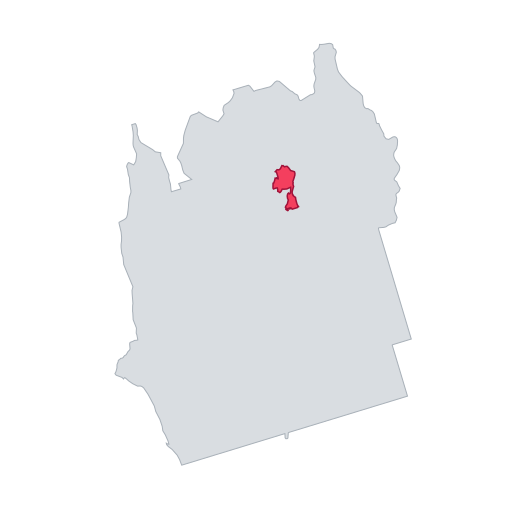 Wad Bandah, North Kordufan, Sudan (highlighted), rotated 163°
{"feature_id": "16777658B16794991274557", "entity_name": "Wad Bandah", "entity_type": "district", "adm_level": 2, "iso_a3": "SDN", "parent_name": "Sudan", "parent_adm1": "North Kordufan", "projection": "equal_earth", "projection_center": [27.688, 13.304], "detail": "fine", "context": "in_parent", "style": "filled", "palette": "rose", "viewbox_px": 512, "rotation_deg": 163, "n_neighbors": 0, "source": "geoboundaries", "source_scale": "gbopen_adm2", "svg_char_len": 6238}
<svg xmlns="http://www.w3.org/2000/svg" viewBox="0 0 512 512"><g transform="rotate(163 256 256)"><path d="M336.5,417.9L332.7,417.9L332.3,416.7L332.3,413.3L332.7,410.8L334.1,406.9L333.7,404.7L333.9,401.6L332.9,398.1L323.7,387.9L321.9,385.1L316.9,382.6L317.8,379.7L315.6,359.0L316.6,356.6L316.8,352.9L316.8,349.8L317.9,344.5L318.1,342.2L308.3,342.1L308.2,344.3L308.7,346.9L308.7,347.9L295.1,348.0L300.6,356.1L300.9,359.7L300.6,364.1L300.7,367.0L301.0,368.8L302.5,372.5L302.4,373.1L302.1,374.0L292.5,384.9L290.9,389.9L289.7,392.5L286.9,397.0L278.1,408.6L276.7,409.4L270.0,409.8L269.4,410.1L268.8,410.6L268.6,410.5L262.8,403.6L253.1,395.4L246.8,399.7L245.0,401.3L245.0,405.2L244.1,407.2L242.4,409.4L237.6,410.8L235.2,412.0L232.3,414.2L229.4,418.0L229.2,419.9L229.5,421.6L213.3,421.5L212.2,420.2L209.8,414.0L208.2,414.4L193.3,413.7L191.2,414.3L187.0,416.8L184.8,417.3L182.6,416.1L174.9,404.0L173.2,402.6L171.4,399.7L169.8,398.4L169.2,397.5L169.0,396.2L169.1,393.6L168.5,391.9L167.3,391.5L156.8,394.3L155.3,394.0L153.1,394.5L152.4,395.0L151.5,396.6L151.3,399.9L151.0,401.6L150.2,403.4L147.2,407.5L146.6,409.3L146.7,413.8L146.5,416.1L146.0,417.1L144.7,418.9L144.2,419.9L143.7,425.7L142.1,429.2L141.7,430.4L141.6,432.9L141.3,433.7L136.6,435.7L134.8,437.0L133.7,439.0L133.4,439.8L131.4,439.1L128.8,438.6L123.8,438.0L121.9,437.0L120.9,435.7L121.3,432.2L120.8,431.4L120.0,430.8L119.5,429.3L119.6,427.4L122.2,423.4L122.8,421.2L123.5,411.0L123.3,407.9L121.2,402.2L116.5,392.4L115.4,390.5L109.5,382.4L108.8,381.2L107.4,377.8L109.0,370.3L109.1,368.3L108.7,366.1L107.2,364.5L105.9,364.3L104.2,362.3L103.0,361.4L102.0,359.7L101.3,357.2L101.9,348.4L101.6,347.3L100.0,346.9L99.7,346.3L99.8,344.6L99.0,339.6L98.1,335.5L98.6,333.2L97.4,330.1L95.0,328.7L90.2,329.8L88.7,329.6L87.7,329.0L87.0,327.9L86.7,326.5L87.0,324.5L88.4,320.8L90.1,317.7L93.5,314.9L94.4,313.4L95.0,311.8L95.1,309.9L94.9,307.9L94.5,306.1L93.5,303.7L92.6,300.8L92.6,298.9L93.1,297.6L94.0,295.9L97.4,292.7L100.9,290.0L101.5,289.1L101.3,287.9L99.7,285.7L99.2,281.4L98.4,278.5L100.1,276.2L101.4,275.4L103.5,274.7L104.3,273.8L104.5,272.0L104.5,270.3L105.2,269.0L106.2,266.3L107.0,265.0L109.6,261.8L110.3,259.7L110.4,257.7L109.8,251.7L111.3,249.2L113.3,247.1L116.1,247.3L120.4,246.8L123.3,245.9L125.5,246.0L130.3,247.1L130.8,246.6L131.0,245.0L131.8,131.2L151.5,131.2L151.8,131.0L152.1,77.7L275.8,77.7L276.8,77.5L278.7,72.6L279.5,72.2L280.8,72.5L281.3,73.6L280.3,77.7L388.2,77.7L388.6,83.7L389.6,88.6L392.8,95.6L395.5,99.3L396.5,101.4L396.6,102.3L396.5,103.2L395.7,102.2L394.3,101.5L394.2,104.8L395.0,111.4L396.2,116.1L395.5,120.5L395.7,127.8L397.3,136.6L397.1,142.3L399.7,155.4L402.0,162.8L403.3,164.6L404.6,165.5L407.3,166.2L411.2,169.9L414.3,173.8L415.5,175.9L417.0,178.1L418.0,177.7L418.6,177.1L419.6,179.0L424.6,182.9L425.3,184.7L423.6,186.5L421.7,189.6L420.8,192.5L420.2,193.4L418.7,195.2L418.4,196.1L417.7,196.7L417.0,196.7L415.3,197.7L413.8,197.4L412.3,197.9L411.8,198.6L410.6,199.2L409.0,199.5L406.5,201.9L404.3,203.1L403.6,204.1L402.5,209.0L401.7,210.2L398.5,210.4L396.9,210.8L394.7,210.3L393.6,210.3L393.4,211.4L393.0,215.5L393.1,217.3L391.4,222.1L392.1,231.0L390.4,237.7L390.2,239.2L388.5,244.5L387.6,246.5L385.4,256.4L384.6,259.4L382.7,262.6L385.0,286.5L383.5,293.8L383.6,297.8L382.5,303.7L381.7,306.4L380.2,309.7L379.0,313.4L378.0,318.2L377.4,327.4L377.1,328.3L371.3,329.4L369.4,330.1L368.2,331.1L366.7,333.4L363.8,339.9L362.3,343.9L359.9,349.3L357.1,353.2L356.5,355.1L356.1,358.6L355.1,364.1L354.1,368.0L354.3,371.2L353.5,376.6L353.6,379.3L352.7,380.8L351.3,382.2L350.4,382.6L346.3,378.9L343.5,381.4L341.7,385.0L340.3,388.6L341.2,396.2L341.1,397.8L340.7,399.6L338.1,407.1L337.3,410.5L336.5,416.5L336.5,417.9Z" fill="#d9dde1" stroke="#a8b0b8" stroke-width="1"/><path d="M201.6,294.0L201.6,294.5L201.5,296.5L201.5,297.2L201.4,298.3L201.4,298.6L201.4,298.8L201.3,299.1L201.1,300.4L201.1,300.6L201.8,301.3L202.0,301.5L202.4,302.3L202.5,302.5L202.6,302.8L202.6,303.0L202.8,303.0L202.9,303.5L203.0,304.0L203.0,304.3L203.0,304.6L203.0,304.9L203.0,305.3L202.9,305.9L202.8,306.4L202.6,306.8L202.4,307.3L202.1,307.7L201.8,308.3L201.0,309.5L200.9,309.7L200.3,310.6L200.0,311.0L199.9,311.2L199.7,311.4L199.7,311.8L199.7,312.3L199.7,313.3L199.6,313.8L199.6,314.3L199.5,314.5L199.4,314.6L199.1,314.9L199.0,315.1L199.0,315.3L199.1,315.8L199.1,316.0L199.0,316.4L198.9,316.5L198.5,317.1L197.7,318.2L197.5,318.5L196.9,319.4L196.8,319.6L196.7,319.6L196.4,320.1L195.8,321.1L195.7,321.2L195.6,321.3L195.2,322.0L195.1,322.3L195.0,322.6L194.7,323.3L194.6,324.0L194.6,324.8L194.6,325.1L194.6,325.3L194.8,325.5L196.2,326.5L197.9,327.6L198.5,329.3L199.1,331.0L200.1,332.7L200.5,332.8L201.1,332.9L202.0,333.0L202.7,333.0L203.3,333.9L203.6,334.5L204.4,334.6L204.8,334.9L207.2,332.3L208.9,331.7L210.6,332.4L212.9,331.0L212.0,330.3L211.9,329.1L211.9,325.4L212.2,323.4L213.1,323.8L213.1,324.5L213.5,324.8L214.1,324.4L214.9,324.9L216.1,322.8L217.7,320.6L218.4,320.6L219.5,317.3L219.9,315.9L219.7,315.0L216.7,315.1L215.7,314.8L215.9,312.8L216.3,311.5L215.4,310.6L214.7,309.7L214.0,309.9L212.9,310.7L211.4,312.3L209.7,311.7L206.9,311.1L203.2,311.6L202.8,311.6L203.4,309.3L204.7,306.2L205.7,305.6L206.2,306.0L206.4,306.7L207.2,306.4L207.7,305.9L208.3,304.9L208.7,303.8L209.0,301.7L208.7,300.2L210.8,296.7L212.8,295.1L213.6,294.1L213.4,293.9L213.3,293.5L213.2,292.9L213.3,292.8L213.5,292.6L213.6,292.4L213.6,292.2L213.8,292.1L213.8,291.9L213.7,291.7L213.2,291.0L213.1,290.9L212.8,290.6L212.7,290.5L212.6,290.3L212.5,290.2L212.3,290.1L212.0,290.2L212.0,290.3L211.9,290.4L211.9,290.6L211.9,290.8L212.1,291.2L212.1,291.3L212.0,292.0L211.5,292.1L211.4,292.1L210.6,292.0L210.3,291.8L210.2,291.6L210.2,291.4L210.2,291.5L210.4,291.6L210.5,291.6L210.4,291.5L210.4,291.4L210.3,291.2L209.4,291.2L209.4,291.3L209.6,291.6L209.8,291.8L209.7,291.9L209.6,291.7L209.4,291.5L209.2,291.6L208.9,291.8L208.6,291.9L208.3,291.4L208.0,290.8L207.9,290.7L207.6,290.3L207.6,290.2L207.3,290.2L207.2,290.2L206.4,290.2L205.4,290.2L205.2,290.2L204.9,290.2L204.6,290.2L204.2,290.2L203.3,290.2L203.2,290.2L202.9,290.2L202.7,290.2L202.3,290.2L202.2,290.2L202.0,290.3L201.7,291.0L201.5,290.9L201.2,290.8L200.9,290.8L201.0,291.2L201.1,291.4L201.5,292.8L201.5,293.3L201.6,293.9L201.6,294.0Z" fill="#f43f5e" stroke="#9f1239" stroke-width="1.5"/></g></svg>